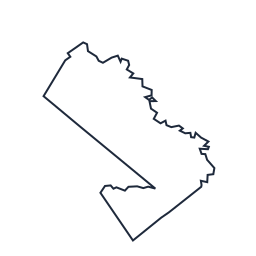 Waller, Texas, United States of America (Natural Earth projection), rotated 146°
{"feature_id": "52423323B21823422169347", "entity_name": "Waller", "entity_type": "district", "adm_level": 2, "iso_a3": "USA", "parent_name": "United States of America", "parent_adm1": "Texas", "projection": "natural_earth1", "projection_center": [-96.057, 29.987], "detail": "fine", "context": "isolated", "style": "outline", "palette": "slate", "viewbox_px": 256, "rotation_deg": 146, "n_neighbors": 0, "source": "geoboundaries", "source_scale": "gbopen_adm2", "svg_char_len": 982}
<svg xmlns="http://www.w3.org/2000/svg" viewBox="0 0 256 256"><g transform="rotate(146 128 128)"><path d="M187.1,89.7L186.8,32.0L150.6,35.1L141.3,35.2L100.2,38.3L98.9,39.6L97.1,43.5L92.6,38.8L88.2,44.6L83.1,42.0L78.8,46.5L80.2,57.4L78.5,63.1L81.5,65.4L80.1,70.7L73.6,65.7L71.5,67.2L74.9,70.7L68.9,71.8L72.8,79.2L74.6,86.2L78.4,83.0L80.8,85.1L79.0,89.1L83.5,91.6L86.5,96.8L82.8,97.0L84.4,101.5L91.6,104.5L94.5,108.8L92.8,113.1L98.4,113.7L101.5,121.2L95.4,124.4L98.1,131.2L95.2,138.2L89.9,134.8L90.9,139.8L94.9,139.6L96.5,144.0L90.2,141.9L87.1,146.3L92.7,154.4L88.8,160.6L98.1,168.8L93.1,170.3L96.3,177.2L91.8,179.6L90.3,183.7L94.4,189.0L97.1,187.1L96.0,193.7L102.2,195.5L112.3,196.1L114.7,200.1L114.2,205.0L118.2,214.1L115.1,220.4L117.3,224.0L136.1,223.7L136.0,219.3L142.2,219.2L180.2,201.6L167.2,156.9L139.2,62.5L144.1,68.1L148.9,69.6L153.0,74.5L160.5,79.0L165.6,77.8L170.8,85.3L174.0,85.8L174.5,90.1L179.5,92.8L187.1,89.7Z" fill="none" stroke="#1e293b" stroke-width="2"/></g></svg>